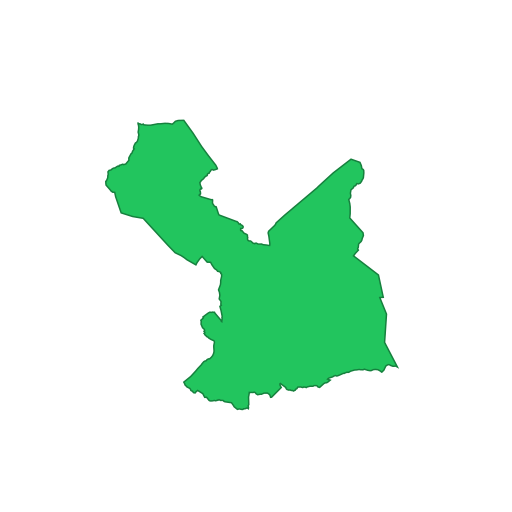 Cherán, Michoacán, Mexico, rotated 47°
{"feature_id": "50627088B24017538060106", "entity_name": "Cherán", "entity_type": "district", "adm_level": 2, "iso_a3": "MEX", "parent_name": "Mexico", "parent_adm1": "Michoacán", "projection": "orthographic", "projection_center": [-101.993, 19.739], "detail": "fine", "context": "isolated", "style": "filled", "palette": "green", "viewbox_px": 512, "rotation_deg": 47, "n_neighbors": 0, "source": "geoboundaries", "source_scale": "gbopen_adm2", "svg_char_len": 6107}
<svg xmlns="http://www.w3.org/2000/svg" viewBox="0 0 512 512"><g transform="rotate(47 256 256)"><path d="M299.0,394.8L299.8,395.1L300.5,395.1L301.4,395.6L302.4,395.9L303.4,395.7L304.6,395.8L307.7,394.7L308.7,394.8L309.9,395.3L310.8,395.1L311.6,394.6L312.8,394.9L313.5,394.8L314.2,394.3L314.7,393.7L314.3,392.1L314.6,390.9L314.5,390.4L315.0,390.2L320.4,388.8L324.4,389.9L325.6,388.5L329.6,388.8L330.7,388.4L332.3,386.6L333.2,385.0L334.1,384.5L334.6,383.9L334.8,383.2L335.2,382.8L335.3,381.8L335.8,381.7L336.0,381.0L336.3,381.0L336.5,380.6L337.5,380.4L338.5,379.2L339.6,378.4L340.4,378.6L341.3,378.2L346.6,374.0L350.4,374.5L351.2,374.8L355.5,374.2L356.4,372.5L358.2,371.3L359.0,370.6L359.3,370.1L359.2,369.3L360.2,368.3L360.9,366.4L361.5,365.9L362.4,365.7L361.7,364.8L360.2,363.9L359.8,362.7L353.9,357.5L353.4,356.7L351.2,353.9L351.8,353.5L352.6,352.4L353.8,351.3L354.2,350.4L354.4,350.1L355.7,349.7L356.8,349.9L358.6,349.4L360.0,347.1L360.8,346.3L361.8,343.6L364.1,341.1L365.9,340.7L367.3,340.7L369.3,341.7L369.9,340.9L369.4,327.2L368.4,327.0L366.5,326.4L365.8,325.6L365.8,325.1L372.4,323.9L373.6,324.4L374.7,324.4L376.4,323.5L377.3,322.3L378.1,322.1L379.0,321.4L379.2,321.0L380.3,320.7L380.9,318.7L380.5,318.0L380.5,317.6L380.8,317.1L380.9,316.5L380.7,315.8L380.4,315.3L380.4,314.8L382.3,312.6L384.0,311.6L384.2,311.3L384.3,310.5L385.7,309.3L386.5,309.0L386.8,307.4L387.3,306.8L388.0,305.4L389.9,303.4L390.2,302.9L390.3,302.0L392.0,300.2L392.7,299.9L394.0,300.0L395.5,299.1L395.6,293.3L396.0,291.9L396.9,290.7L397.2,289.5L397.4,286.4L394.9,287.7L394.8,286.9L395.1,285.7L396.7,282.3L396.8,281.3L397.5,279.5L398.7,278.9L399.3,278.0L400.1,275.9L401.3,272.4L401.5,272.0L402.0,271.6L402.1,271.1L402.9,269.0L404.3,267.5L404.7,265.5L405.1,264.7L406.6,261.7L407.9,260.1L409.1,258.3L409.6,257.7L410.4,257.2L412.2,255.3L412.5,254.6L412.6,254.0L415.8,252.2L417.4,251.0L418.4,249.9L419.0,247.9L420.3,246.1L422.4,244.3L425.4,243.4L426.5,243.4L426.8,242.9L426.7,241.9L426.7,240.4L425.2,236.6L425.0,235.8L425.4,233.9L425.8,233.2L426.5,232.6L428.1,232.1L430.1,231.0L431.8,228.9L433.6,228.3L406.9,220.9L387.5,200.2L370.8,193.8L373.0,191.1L353.4,179.4L322.4,184.6L321.8,181.4L321.5,177.1L320.5,177.0L319.9,176.6L319.4,175.3L317.3,172.9L317.1,172.1L317.1,169.4L316.7,168.0L315.5,166.1L314.3,163.5L313.6,163.0L312.0,161.9L292.1,161.5L289.3,158.3L284.4,153.7L281.5,151.6L277.9,149.6L277.9,148.3L277.6,146.8L276.4,145.4L274.5,144.2L272.4,141.5L272.5,138.2L271.9,137.1L271.9,136.3L272.4,135.5L272.4,134.7L271.8,132.9L273.1,131.9L273.8,130.1L273.4,127.9L272.6,126.1L272.5,125.2L271.9,124.0L268.8,120.5L266.8,118.8L265.8,118.6L264.4,119.0L261.7,117.3L258.4,116.1L250.0,120.5L247.9,142.9L247.7,163.0L247.8,164.7L245.7,207.0L245.5,218.7L246.1,220.0L246.4,221.6L246.5,229.8L246.9,230.6L247.4,231.4L250.3,233.1L256.6,237.6L257.6,238.8L256.8,239.6L255.2,240.8L252.7,243.0L251.0,243.8L248.8,246.3L246.8,247.0L246.2,247.8L246.2,248.5L245.4,248.8L244.9,249.4L241.9,249.6L241.1,249.9L240.3,250.8L239.2,251.2L237.8,250.7L236.7,249.3L236.2,249.2L234.8,248.0L233.8,248.1L231.1,249.2L228.0,249.0L227.4,249.6L227.0,249.8L226.3,249.5L226.1,249.0L225.4,248.4L226.2,247.8L226.5,246.8L226.4,246.2L225.9,245.5L225.5,245.3L224.8,245.2L224.3,245.4L223.9,245.3L222.8,245.8L221.7,245.6L221.3,246.6L219.5,246.3L217.9,246.4L217.2,246.9L201.1,254.9L200.5,255.0L199.1,254.5L192.9,251.6L192.5,251.7L192.4,252.0L191.3,252.5L188.0,251.9L187.6,251.7L185.4,249.5L185.0,249.5L184.2,250.4L175.4,255.6L174.5,255.9L172.7,256.1L172.5,255.1L172.8,254.7L172.8,254.3L172.1,253.6L171.0,252.9L170.7,252.6L170.1,252.7L169.4,252.0L169.1,250.6L169.2,250.4L169.6,250.4L169.7,249.8L169.6,249.5L169.1,249.2L168.8,249.3L165.9,248.2L163.9,246.9L163.9,245.7L163.6,245.0L163.5,244.2L163.6,243.4L163.7,241.6L163.3,239.7L163.5,238.3L163.4,237.9L163.8,237.3L163.7,236.5L163.1,235.9L162.9,235.5L163.0,234.7L163.5,233.9L163.0,232.9L163.0,231.9L162.5,230.3L162.6,229.4L163.1,228.9L164.1,228.6L165.0,227.0L165.9,224.8L165.5,224.5L162.2,223.5L150.0,222.4L138.8,221.1L123.3,218.3L107.5,216.3L103.8,220.5L102.5,223.1L102.6,225.1L102.5,227.3L99.4,229.6L96.8,232.2L94.1,235.8L92.4,237.6L88.5,243.8L86.6,245.9L83.7,248.5L83.0,248.7L82.7,248.5L81.8,250.1L80.9,250.6L80.4,250.6L80.0,250.9L79.6,251.6L78.6,251.5L78.4,251.6L78.8,252.1L80.6,253.0L82.1,254.2L83.5,255.7L85.0,257.7L87.2,258.9L88.0,259.7L88.6,260.8L89.5,261.6L90.0,262.4L91.2,264.6L91.4,266.4L91.1,267.0L91.9,269.3L92.4,270.4L93.5,272.0L94.6,272.0L94.6,272.9L95.0,273.4L95.1,274.7L96.0,276.2L96.1,276.7L96.0,277.6L97.3,281.5L97.6,282.2L99.3,283.7L99.9,288.6L98.8,290.6L98.2,290.7L97.9,291.0L97.3,292.6L96.5,294.1L96.5,294.4L97.0,295.0L96.9,295.2L95.9,296.0L95.4,299.0L94.5,300.4L94.2,301.7L94.1,303.7L93.2,305.0L93.5,306.9L95.4,308.3L96.3,309.7L97.6,311.0L99.1,314.2L98.9,314.9L100.4,316.2L101.9,317.3L107.9,317.5L109.9,317.7L110.5,317.3L111.3,317.5L113.1,315.9L116.9,318.2L132.5,325.2L143.0,319.3L151.5,312.8L188.0,313.1L198.5,312.9L204.6,310.5L208.3,309.6L211.5,309.1L221.5,306.0L220.6,303.6L219.7,299.1L219.6,295.7L227.2,295.9L229.6,293.5L232.7,294.3L236.9,294.9L239.3,294.3L241.0,294.5L242.1,293.7L243.6,293.1L244.2,293.1L244.8,293.7L245.6,293.6L246.3,293.9L247.5,295.1L249.8,298.5L251.5,300.1L252.8,301.7L255.2,306.5L257.6,307.5L259.6,308.9L260.3,309.5L262.3,312.2L264.9,312.5L265.5,312.7L267.5,314.8L268.4,315.0L268.2,316.7L272.1,318.8L277.1,321.9L277.8,322.9L278.6,323.4L280.7,325.8L280.0,325.9L279.4,325.5L278.1,325.4L269.7,325.0L268.9,324.7L268.5,324.9L268.1,325.6L267.4,326.0L266.9,327.0L265.6,328.1L265.1,330.0L264.4,336.2L265.0,336.3L265.0,336.8L265.3,337.0L265.3,337.4L265.5,337.5L265.3,339.6L265.4,340.1L265.7,340.4L266.3,340.5L268.4,342.7L272.0,344.0L274.3,343.8L275.5,344.4L275.6,345.4L276.9,345.4L277.2,345.9L277.2,346.8L278.3,346.8L278.6,347.1L281.8,346.9L282.3,346.5L283.8,346.5L286.4,345.8L289.2,344.6L290.0,344.7L290.9,345.4L292.6,347.8L293.5,348.7L296.9,351.5L297.8,352.6L298.6,354.0L299.3,355.7L299.6,357.5L299.6,360.0L298.8,361.0L298.4,362.4L298.6,364.0L297.9,365.2L297.7,366.4L298.0,369.1L298.3,370.1L298.6,375.3L299.0,378.3L299.6,385.9L299.0,394.8Z" fill="#22c55e" stroke="#15803d" stroke-width="1.5"/></g></svg>